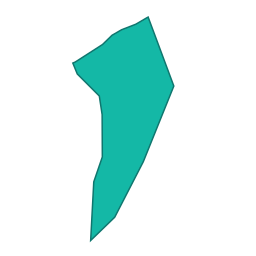 an SVG outline of North Tyneside, rotated 265°
{"feature_id": "GBR-5662", "entity_name": "North Tyneside", "entity_type": "Metropolitan Borough", "adm_level": 1, "iso_a3": "GBR", "parent_name": "United Kingdom", "parent_adm1": "", "projection": "equal_earth", "projection_center": [-1.497, 55.026], "detail": "fine", "context": "isolated", "style": "filled", "palette": "teal", "viewbox_px": 256, "rotation_deg": 265, "n_neighbors": 0, "source": "natural_earth", "source_scale": "10m", "svg_char_len": 364}
<svg xmlns="http://www.w3.org/2000/svg" viewBox="0 0 256 256"><g transform="rotate(265 128 128)"><path d="M197.5,78.7L198.3,81.1L213.4,109.9L221.8,120.2L226.5,130.3L230.7,144.8L236.8,157.7L165.8,177.3L93.1,140.3L40.3,107.0L19.2,81.0L77.3,89.2L101.4,99.9L143.6,103.4L162.4,102.2L186.2,82.2L197.5,78.7Z" fill="#14b8a6" stroke="#0f766e" stroke-width="1.5"/></g></svg>